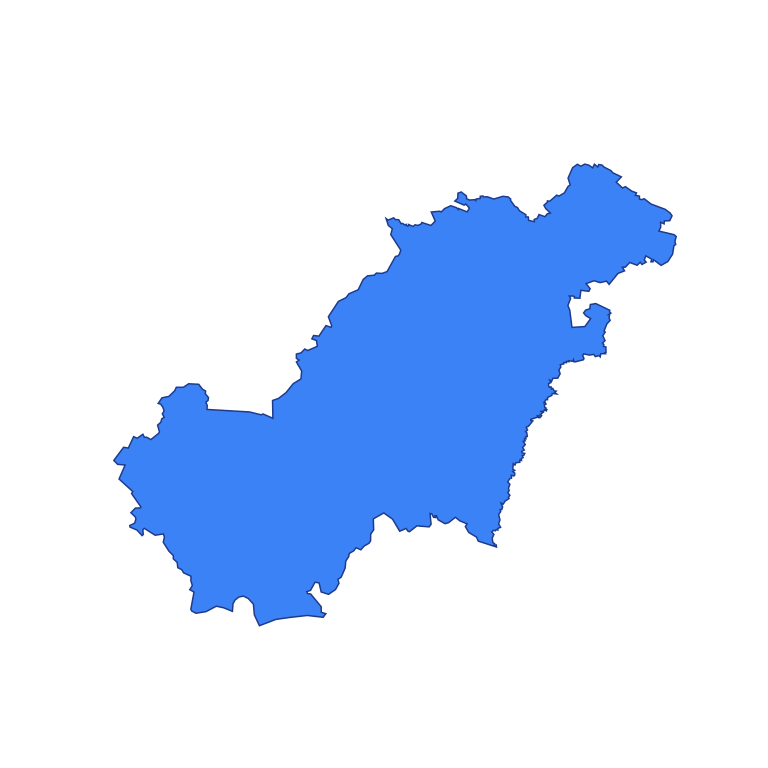 the district of Pueblo Nuevo, Córdoba, Colombia, rotated 109°
{"feature_id": "7082276B76767712756641", "entity_name": "Pueblo Nuevo", "entity_type": "district", "adm_level": 2, "iso_a3": "COL", "parent_name": "Colombia", "parent_adm1": "Córdoba", "projection": "robinson", "projection_center": [-75.437, 8.472], "detail": "fine", "context": "isolated", "style": "filled", "palette": "blue", "viewbox_px": 768, "rotation_deg": 109, "n_neighbors": 0, "source": "geoboundaries", "source_scale": "gbopen_adm2", "svg_char_len": 6171}
<svg xmlns="http://www.w3.org/2000/svg" viewBox="0 0 768 768"><g transform="rotate(109 384 384)"><path d="M662.0,487.2L657.2,478.2L648.7,470.2L647.8,462.8L648.3,453.3L641.1,455.2L636.9,454.6L632.7,451.9L630.3,447.9L631.0,442.5L634.7,435.8L644.5,431.4L653.1,423.1L641.9,409.8L635.6,397.5L627.8,381.1L624.4,365.6L620.1,364.2L620.3,369.0L615.0,370.9L606.4,385.0L607.0,388.0L605.5,389.5L603.1,386.3L593.9,384.7L593.2,380.6L601.1,375.7L600.9,367.9L594.1,362.9L587.1,361.7L583.6,364.0L580.9,361.7L578.1,361.4L570.8,360.8L563.8,362.5L558.7,361.2L555.5,361.7L551.6,358.3L547.9,357.1L548.3,351.9L543.8,350.1L539.4,346.3L536.7,345.6L530.3,347.7L525.2,346.3L515.0,350.2L506.0,342.2L509.0,331.9L518.1,321.2L513.4,316.1L515.5,313.2L515.3,311.8L507.4,306.7L504.4,294.8L501.3,293.8L491.5,298.3L491.2,296.6L493.9,293.8L493.5,291.8L492.0,292.9L491.5,291.5L494.8,288.5L496.2,280.8L494.1,277.8L486.8,273.1L488.7,267.8L489.2,259.9L492.3,260.7L496.8,255.5L498.6,246.8L501.9,243.7L501.5,224.6L499.7,225.4L500.3,227.4L499.0,227.4L498.4,229.5L494.5,231.5L490.5,231.1L488.7,234.0L486.5,232.5L486.6,231.0L485.2,230.4L485.0,228.8L483.6,229.5L481.6,227.1L478.9,230.1L474.8,230.1L470.1,233.1L466.7,232.1L465.0,233.3L464.4,231.8L461.6,231.8L458.5,234.6L458.8,232.2L455.2,231.3L451.6,228.5L450.5,229.5L448.3,228.7L446.3,231.6L444.1,230.9L442.0,232.4L437.9,232.3L436.3,235.1L432.6,234.3L431.5,232.8L428.9,233.9L428.7,231.3L427.6,230.8L425.7,231.3L424.9,233.8L423.1,232.3L422.7,234.4L417.3,235.9L418.0,233.8L415.5,233.7L413.8,230.1L411.6,230.8L411.5,229.1L409.8,229.9L408.3,228.5L406.7,230.0L405.9,228.6L403.8,228.3L404.2,231.1L403.0,231.9L400.8,229.9L398.9,232.3L395.3,230.7L392.9,233.7L391.8,232.0L390.2,233.4L389.6,231.9L388.0,233.0L387.0,231.4L383.6,233.1L383.0,234.6L380.8,233.3L378.6,235.5L376.8,233.6L370.5,231.3L370.6,233.4L369.7,233.7L365.4,228.1L364.1,228.8L363.7,227.1L365.4,226.8L365.1,225.6L362.6,224.6L362.0,226.3L359.0,224.3L358.7,226.3L357.5,224.0L356.2,223.9L356.5,221.7L355.1,221.7L355.1,223.2L354.0,223.0L353.8,224.4L351.5,225.6L350.2,224.3L348.8,225.9L350.3,227.0L345.8,225.6L345.6,224.3L343.4,224.9L340.2,221.6L338.2,221.9L337.2,217.6L336.5,219.8L334.7,218.9L335.1,221.0L333.2,223.0L334.2,224.0L332.3,225.2L333.2,226.6L332.6,227.5L330.1,228.5L328.3,226.6L326.4,228.5L326.7,226.4L323.6,226.1L321.9,221.6L317.0,220.8L313.7,223.2L310.4,222.3L308.4,223.6L306.5,220.6L305.2,221.0L304.4,218.5L302.5,219.1L303.3,218.6L302.6,216.3L301.8,216.7L301.1,212.8L299.4,212.8L301.1,211.5L300.8,210.4L296.2,203.4L294.8,203.2L292.4,205.4L290.5,205.0L289.8,199.2L287.7,195.3L289.3,193.1L287.2,190.1L288.0,188.4L284.8,188.9L283.3,184.6L282.7,185.4L282.0,184.3L276.7,186.3L277.0,188.7L275.1,189.0L274.2,190.7L271.0,189.1L267.1,192.9L262.9,191.7L262.3,193.2L254.6,192.8L250.2,190.9L248.3,192.7L244.8,193.3L245.1,194.1L243.1,192.6L242.3,194.3L240.8,194.5L239.0,210.0L241.7,214.8L245.9,213.9L248.4,217.4L251.8,218.4L253.7,215.4L254.9,209.9L264.3,212.8L269.3,224.7L253.7,232.4L249.9,235.7L242.3,235.4L240.5,237.5L239.2,233.5L239.3,232.4L240.7,232.1L239.1,226.7L231.3,228.4L229.7,220.5L226.8,220.1L223.3,225.6L218.0,219.0L217.8,212.7L214.3,207.1L216.5,203.6L203.3,198.8L198.7,193.4L196.0,196.6L194.9,193.8L189.1,191.2L189.3,183.3L185.5,181.4L187.0,179.0L183.4,175.8L181.9,178.3L177.6,178.2L178.8,171.5L181.5,171.4L181.0,169.5L178.8,169.5L181.6,160.6L175.8,155.5L167.3,153.4L158.7,154.9L157.2,153.6L154.3,155.4L149.4,155.7L148.4,158.3L149.9,173.9L145.7,173.4L141.0,175.1L141.4,171.3L138.5,172.0L136.6,167.0L131.2,166.4L129.2,169.1L127.3,175.0L126.9,190.2L124.1,198.3L125.7,200.2L126.0,202.6L123.2,203.7L123.8,207.7L121.1,207.5L121.0,212.6L118.8,220.0L121.0,222.3L117.6,230.1L110.9,227.0L109.8,236.4L108.3,239.1L107.3,246.4L106.0,249.2L106.6,252.4L109.2,252.5L107.7,256.6L111.7,257.1L110.4,261.3L110.7,265.7L114.0,268.8L113.3,272.7L118.1,276.1L129.4,277.0L135.1,272.8L137.3,274.3L144.6,275.7L149.3,279.7L149.2,282.2L157.1,286.7L157.7,289.1L159.0,288.7L162.9,291.0L165.5,288.2L168.2,282.4L170.0,285.1L173.4,286.3L173.3,292.6L177.6,293.1L179.5,295.6L181.6,294.7L182.2,300.5L179.1,301.9L179.9,304.4L177.8,304.9L176.1,312.3L173.7,315.3L173.4,318.2L169.0,324.4L167.9,324.4L166.7,327.5L167.8,332.6L173.4,340.5L173.3,347.0L174.7,350.9L174.0,351.6L175.2,354.1L177.1,353.4L179.2,357.2L180.7,356.9L180.2,358.2L182.2,363.0L182.0,366.1L179.3,367.4L177.3,373.5L179.5,376.2L184.4,374.7L188.0,376.6L188.8,366.4L187.2,365.2L189.9,360.5L194.2,361.4L193.8,370.7L194.8,370.7L193.7,372.8L193.7,378.9L198.5,383.9L202.7,385.9L202.5,387.6L206.0,395.3L213.3,388.6L218.8,391.2L219.0,400.8L220.6,401.0L223.1,403.7L223.3,406.4L225.6,407.9L225.2,412.6L226.1,412.1L227.1,413.4L225.8,415.0L226.9,415.9L226.1,418.6L226.8,420.1L223.9,423.6L224.8,426.9L223.7,428.9L227.7,433.5L226.9,435.9L232.6,431.6L234.5,426.7L240.6,426.2L252.0,411.7L256.1,411.7L258.2,412.3L259.7,414.7L276.7,417.7L280.1,421.9L281.6,427.3L284.3,428.6L287.1,434.8L291.9,437.7L303.3,439.1L310.1,446.5L314.7,448.0L320.7,454.0L338.5,458.5L346.0,452.4L347.6,452.4L347.7,457.9L359.9,461.1L361.1,466.4L364.8,466.9L364.9,462.0L370.1,459.3L377.2,467.1L376.7,470.3L381.6,472.6L384.2,476.6L388.3,475.2L389.0,472.0L391.7,474.0L398.5,466.1L406.2,464.2L413.2,469.9L424.0,473.8L432.0,479.1L435.9,484.0L452.6,477.9L451.7,488.7L453.1,489.9L454.2,502.0L465.7,543.1L461.9,544.1L459.2,546.5L456.9,545.0L454.0,545.5L451.4,549.8L448.7,550.4L448.1,553.8L444.6,559.1L447.4,568.8L452.4,572.6L454.7,579.3L458.6,579.7L465.8,583.4L469.3,589.4L475.9,591.2L475.8,588.5L478.0,585.5L481.1,583.1L484.3,583.9L487.0,581.0L489.3,582.8L492.9,582.6L496.6,584.7L502.4,580.7L504.0,581.0L512.4,586.3L511.6,591.1L512.4,593.2L510.0,595.6L515.6,599.7L515.3,603.6L527.8,604.9L528.6,609.6L544.2,614.6L546.7,609.7L544.9,602.4L560.1,603.6L567.5,586.5L569.8,587.0L579.3,573.9L580.4,573.9L582.3,578.7L588.1,581.4L590.6,576.0L592.4,574.6L596.8,574.5L600.6,578.3L602.0,577.5L602.5,570.1L606.1,563.4L604.7,562.6L600.2,564.6L598.5,563.6L601.5,551.2L597.6,543.7L600.3,541.8L605.5,541.2L612.1,532.9L614.8,527.4L617.9,526.3L620.0,521.5L624.8,519.2L625.4,514.8L627.8,512.0L628.6,503.9L632.8,502.6L637.0,499.6L641.7,500.7L642.6,495.9L659.9,493.3L661.2,492.0L662.0,487.2Z" fill="#3b82f6" stroke="#1e3a8a" stroke-width="1.5"/></g></svg>